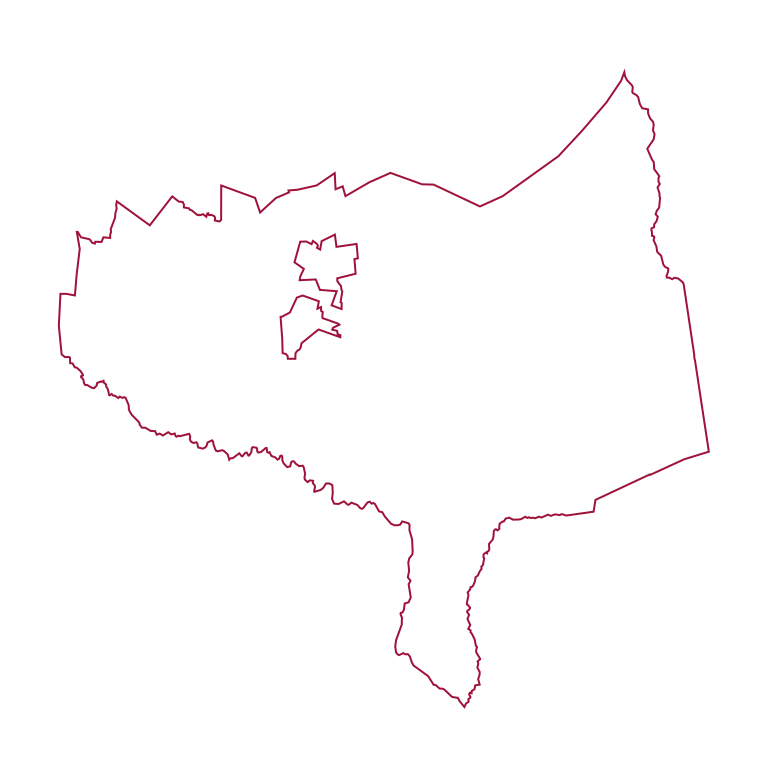 the district of Kwekwe, Midlands, Zimbabwe, rotated 182°
{"feature_id": "62879985B25079588336993", "entity_name": "Kwekwe", "entity_type": "district", "adm_level": 2, "iso_a3": "ZWE", "parent_name": "Zimbabwe", "parent_adm1": "Midlands", "projection": "equal_earth", "projection_center": [29.733, -18.821], "detail": "fine", "context": "isolated", "style": "outline", "palette": "rose", "viewbox_px": 768, "rotation_deg": 182, "n_neighbors": 0, "source": "geoboundaries", "source_scale": "gbopen_adm2", "svg_char_len": 6120}
<svg xmlns="http://www.w3.org/2000/svg" viewBox="0 0 768 768"><g transform="rotate(182 384 384)"><path d="M154.7,704.0L157.6,695.4L171.5,673.2L195.0,643.9L217.7,617.7L271.9,575.9L294.3,564.8L341.4,585.0L352.9,584.9L384.9,595.2L405.5,585.2L429.1,570.4L432.2,580.1L439.2,576.9L440.6,593.0L458.2,580.1L477.3,575.1L486.2,574.1L485.6,572.2L498.5,566.1L513.8,551.1L519.3,565.5L553.6,576.7L552.5,542.3L554.0,540.7L558.8,541.5L558.6,544.3L559.3,545.7L562.1,546.9L564.8,546.7L565.6,548.5L566.5,548.3L567.4,544.9L570.6,547.4L574.1,546.2L574.8,546.7L576.3,546.3L582.3,550.9L583.9,551.2L585.0,552.7L590.2,553.5L590.2,556.4L591.6,558.9L595.4,559.1L602.2,564.1L623.6,534.4L657.4,557.2L657.9,553.5L657.3,549.8L658.4,545.4L658.6,540.8L662.5,529.2L662.1,526.2L662.8,524.2L662.8,520.4L669.5,520.8L671.3,516.1L677.5,516.1L677.8,514.3L680.4,514.8L683.0,518.1L684.3,518.6L691.9,520.0L695.4,525.3L696.3,525.3L692.8,508.3L695.0,482.4L696.0,461.7L704.5,463.0L710.5,462.8L711.0,430.9L707.2,402.3L703.9,399.8L699.2,399.9L698.7,398.9L698.4,393.9L696.0,393.7L693.6,389.9L691.6,389.6L687.7,386.3L685.2,382.8L685.2,382.0L687.0,381.2L687.0,380.4L684.7,378.1L683.7,374.0L682.6,372.6L680.5,372.6L676.7,370.4L673.7,369.6L671.1,372.4L670.7,375.0L666.8,376.7L666.0,376.2L664.4,377.4L664.0,375.6L661.7,373.8L661.5,371.7L659.7,368.9L658.3,363.4L657.7,363.1L655.8,364.5L654.2,362.9L652.5,362.9L649.1,360.7L647.7,362.2L645.0,361.0L643.2,361.8L641.7,361.1L638.4,353.9L638.1,349.7L637.3,347.9L635.1,344.5L627.2,336.9L626.7,334.8L624.4,331.9L621.1,332.0L615.4,328.9L611.1,328.9L609.3,325.4L606.5,326.6L603.1,324.8L598.0,328.3L594.9,326.2L591.4,327.2L590.4,324.6L589.4,324.1L587.5,325.1L586.2,324.7L577.0,327.4L575.8,324.8L576.1,321.9L574.9,319.7L572.5,318.4L569.4,319.2L568.5,317.9L567.5,314.1L563.2,313.1L560.9,314.0L559.3,315.6L558.3,319.4L553.8,321.7L552.9,320.6L552.0,316.7L549.7,311.6L548.1,310.9L543.2,312.2L541.4,311.3L537.8,308.2L536.0,302.9L535.0,304.3L532.4,304.7L526.2,309.7L523.9,307.0L523.0,306.8L520.2,310.4L518.7,310.6L517.1,307.8L516.4,307.7L514.2,311.1L513.9,315.1L513.1,316.3L509.3,315.9L508.6,315.1L508.3,312.1L507.2,311.1L504.6,311.7L499.7,316.1L499.1,316.0L498.3,311.7L497.1,311.3L496.0,311.9L494.1,308.2L490.2,306.9L487.7,304.7L486.2,305.7L485.1,308.6L483.7,308.8L483.0,306.9L483.0,304.4L481.5,301.1L477.9,297.6L474.9,298.4L474.0,302.6L472.6,303.7L471.1,303.3L469.6,301.4L466.0,299.0L462.3,299.5L461.3,297.9L459.7,291.6L460.2,287.9L459.8,285.8L456.9,283.3L454.7,285.1L451.5,284.8L451.7,282.4L449.8,280.4L449.3,278.7L450.1,274.4L449.8,273.8L443.6,275.9L441.1,278.1L438.4,282.6L435.2,282.7L432.1,281.1L431.4,273.5L431.9,267.3L429.7,262.7L425.2,262.5L419.9,265.3L416.3,262.3L414.9,262.1L412.5,264.3L406.4,262.2L403.4,259.1L401.6,258.5L400.4,259.3L396.4,265.0L394.2,265.9L392.2,264.0L390.5,264.7L388.8,263.7L384.5,256.5L381.2,255.8L378.5,251.5L372.0,244.5L368.6,243.2L365.3,243.3L362.8,244.1L361.0,247.3L354.7,245.7L353.5,243.9L353.5,238.9L350.5,229.7L349.6,218.9L349.6,214.9L352.7,210.6L353.5,206.4L352.4,198.3L353.4,191.6L350.6,188.2L352.4,184.8L349.8,171.7L351.8,166.7L355.6,165.4L356.3,159.0L357.6,156.3L359.3,155.8L359.4,154.4L357.9,151.1L357.9,144.1L363.0,128.4L363.6,122.1L362.6,116.2L360.9,114.2L359.3,113.6L355.4,115.7L353.2,114.6L350.8,114.9L348.6,112.6L346.5,106.8L344.5,103.6L329.7,93.6L323.9,85.1L322.1,85.1L317.7,81.5L315.0,81.6L313.1,80.8L305.0,73.6L299.2,72.9L297.3,69.6L292.4,64.0L290.9,67.5L288.4,69.4L288.6,72.1L286.8,73.5L286.7,74.3L288.1,76.8L287.4,78.4L286.4,78.8L285.7,78.2L285.5,80.4L282.9,82.2L282.3,86.0L277.9,86.9L279.6,92.4L278.4,96.4L278.3,99.6L280.8,103.8L280.0,107.6L280.7,110.1L278.4,112.2L278.5,113.0L282.3,118.8L282.7,120.5L281.9,124.5L283.0,125.6L284.5,132.0L287.7,137.8L288.8,138.8L288.9,140.8L291.2,142.2L289.4,146.2L292.4,152.1L290.9,156.3L293.0,159.1L292.8,160.1L290.5,162.1L290.2,163.4L292.6,166.3L293.3,166.4L293.6,167.6L292.2,175.9L293.1,178.6L290.7,181.8L290.4,184.0L288.8,184.5L287.8,185.8L286.1,190.2L285.8,194.0L283.5,195.9L281.7,200.3L280.1,202.6L280.3,204.9L278.8,206.5L277.8,213.3L278.7,214.7L278.4,217.4L276.1,219.2L275.0,218.5L274.8,220.0L273.4,221.2L273.0,222.6L273.5,227.8L270.0,232.2L269.3,235.0L269.1,241.0L267.9,242.5L267.0,242.8L265.4,241.7L263.6,243.2L263.9,245.4L263.5,248.5L260.7,250.7L259.5,250.8L257.6,253.8L254.3,254.8L250.2,252.9L244.5,253.3L242.3,253.7L238.2,256.3L235.9,255.1L234.6,255.9L232.5,255.1L230.9,255.6L228.4,255.1L224.3,256.8L222.1,256.0L215.4,259.2L212.7,258.0L208.5,259.7L203.7,259.1L201.8,260.2L197.2,258.9L170.1,263.7L168.6,275.6L115.2,302.9L114.8,302.5L81.2,319.3L57.0,327.7L74.0,418.4L74.7,420.5L75.0,424.1L87.9,493.7L88.6,495.7L93.6,499.7L97.6,500.3L99.7,498.8L102.5,500.2L105.1,500.2L105.4,502.0L104.0,506.2L103.9,509.3L107.3,511.0L109.0,513.1L111.5,521.8L115.5,525.5L116.6,531.0L119.6,537.3L118.9,540.0L119.6,541.1L121.2,541.3L121.6,545.8L122.3,547.3L122.0,548.9L119.5,550.2L119.6,552.9L117.3,556.3L116.2,560.9L118.5,563.1L117.4,566.7L115.2,569.8L114.6,579.6L115.3,581.6L115.2,583.8L117.5,590.0L115.3,593.6L116.7,595.5L116.9,599.3L116.1,601.3L121.5,608.3L122.1,615.1L124.1,617.8L129.1,628.3L123.1,637.8L122.3,643.1L124.0,646.9L123.5,652.9L124.4,655.6L127.4,658.8L129.5,663.6L129.7,667.7L135.6,668.6L138.1,672.8L140.0,679.6L141.8,681.5L145.3,683.4L146.1,684.6L145.7,689.0L146.4,690.9L151.9,696.3L153.8,700.0L154.7,704.0ZM439.1,460.8L434.5,475.1L451.3,475.8L455.9,486.1L471.9,484.8L471.4,488.6L468.1,496.2L477.7,502.5L472.7,523.3L466.6,523.7L461.3,521.2L460.0,524.5L455.8,521.6L454.9,519.9L455.7,517.8L452.5,516.1L451.3,524.6L438.3,531.6L436.3,519.4L416.3,523.0L414.5,508.7L417.9,507.8L416.2,493.2L434.4,488.0L434.2,485.0L430.4,480.4L429.9,477.1L428.9,474.9L430.3,464.3L429.1,463.5L429.0,457.4L439.1,460.8ZM473.5,406.1L481.0,405.8L481.3,408.6L483.0,410.5L486.4,411.3L487.3,425.8L489.7,447.5L488.1,447.8L480.5,452.2L474.1,467.3L468.4,469.6L452.0,464.4L453.1,457.0L449.6,458.7L449.4,454.8L447.7,453.8L448.0,449.7L447.7,447.7L431.9,442.7L430.6,441.7L436.8,438.5L437.6,436.5L432.7,435.5L432.1,432.2L429.3,431.3L429.3,429.2L451.3,436.2L467.8,421.9L468.6,417.5L469.7,415.5L471.9,414.1L473.5,411.7L473.5,406.1Z" fill="none" stroke="#9f1239" stroke-width="2"/></g></svg>